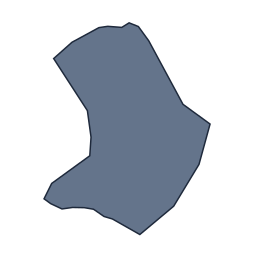 map outline of Benedikt (Albers equal-area conic projection), rotated 186°
{"feature_id": "SVN-199", "entity_name": "Benedikt", "entity_type": "Municipality", "adm_level": 1, "iso_a3": "SVN", "parent_name": "Slovenia", "parent_adm1": "", "projection": "albers", "projection_center": [15.906, 46.615], "detail": "fine", "context": "isolated", "style": "filled", "palette": "slate", "viewbox_px": 256, "rotation_deg": 186, "n_neighbors": 0, "source": "natural_earth", "source_scale": "10m", "svg_char_len": 466}
<svg xmlns="http://www.w3.org/2000/svg" viewBox="0 0 256 256"><g transform="rotate(186 128 128)"><path d="M137.9,232.7L128.3,230.0L116.5,216.9L75.8,157.3L46.8,140.5L53.6,99.2L74.4,55.0L105.1,23.3L134.0,35.9L142.6,37.5L153.8,43.6L163.1,44.2L174.8,43.2L185.2,40.6L197.0,44.7L204.1,48.8L198.1,64.9L163.1,96.4L163.8,115.0L170.2,141.0L209.2,189.3L192.7,207.4L167.4,224.8L158.8,227.0L144.7,227.4L137.9,232.7Z" fill="#64748b" stroke="#1e293b" stroke-width="1.5"/></g></svg>